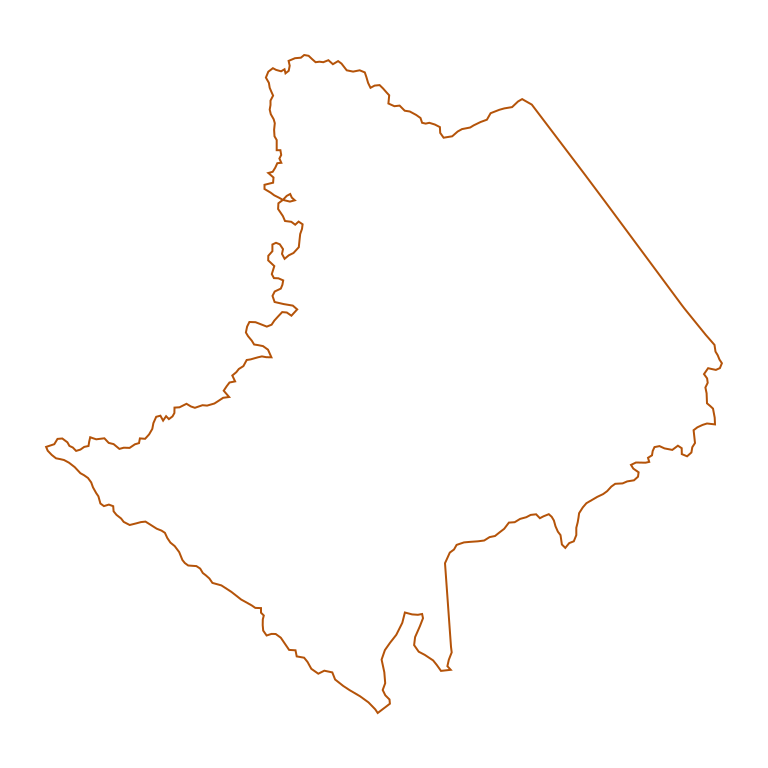 Pontalina, Goiás, Brazil (Albers equal-area conic projection)
{"feature_id": "56859067B14800214283201", "entity_name": "Pontalina", "entity_type": "district", "adm_level": 2, "iso_a3": "BRA", "parent_name": "Brazil", "parent_adm1": "Goiás", "projection": "albers", "projection_center": [-49.587, -17.537], "detail": "fine", "context": "isolated", "style": "outline", "palette": "amber", "viewbox_px": 768, "rotation_deg": 0, "n_neighbors": 0, "source": "geoboundaries", "source_scale": "gbopen_adm2", "svg_char_len": 5029}
<svg xmlns="http://www.w3.org/2000/svg" viewBox="0 0 768 768"><path d="M573.8,541.3L576.3,535.1L576.3,527.8L577.7,522.3L578.5,517.6L579.1,513.2L582.8,507.4L586.4,503.2L597.2,496.9L603.1,494.1L607.1,491.2L611.3,486.6L615.2,483.8L622.6,483.4L627.2,481.4L634.0,480.3L638.0,476.7L638.6,472.3L633.3,468.6L631.0,464.9L636.0,462.5L645.5,462.7L649.2,461.9L648.0,457.8L652.0,455.3L652.7,451.0L654.5,447.1L659.5,446.1L664.5,448.4L672.3,449.9L677.9,445.7L681.7,448.2L681.8,454.1L687.1,456.3L691.4,452.5L692.3,447.2L695.0,443.0L693.6,430.2L697.4,427.3L702.6,424.9L707.0,423.5L715.0,424.4L714.7,417.7L713.0,408.6L710.2,406.0L707.0,403.3L706.6,393.3L705.4,387.5L707.7,382.8L707.1,378.4L704.0,374.1L708.1,368.2L712.1,369.1L715.9,369.9L719.9,368.1L721.9,363.2L719.5,359.6L717.7,355.2L715.5,351.6L714.5,344.9L705.7,334.8L686.5,311.1L684.1,308.1L681.5,304.7L605.3,201.9L583.9,173.3L531.8,104.6L522.1,99.1L518.0,101.5L512.1,107.1L504.3,108.4L499.3,109.8L490.6,113.2L486.9,119.7L480.6,122.0L473.6,125.4L470.2,127.5L462.0,129.1L457.7,131.5L452.2,136.3L443.6,137.7L440.2,132.9L439.9,127.1L434.8,124.5L429.3,122.8L425.7,123.6L422.1,122.8L420.5,118.0L416.1,114.9L409.8,111.5L404.7,110.7L399.6,105.6L394.4,106.2L388.4,103.5L389.2,95.3L386.6,92.5L383.0,88.4L379.6,85.1L374.6,85.6L370.5,87.8L368.1,82.9L366.4,77.1L364.8,72.4L359.7,70.3L353.1,71.6L346.7,70.3L341.5,63.6L338.1,61.1L332.9,64.2L328.4,60.2L323.3,62.2L319.4,61.7L315.6,62.2L312.2,59.2L308.6,55.8L304.2,55.0L300.9,57.7L295.0,58.2L288.6,60.9L289.7,65.7L288.7,70.8L285.5,73.3L284.5,69.3L281.1,71.3L276.1,69.9L272.9,68.2L268.3,71.7L265.9,77.6L268.9,82.9L269.7,87.8L271.3,91.6L273.1,95.6L270.5,100.6L270.5,105.0L269.7,109.6L270.8,114.2L273.7,119.3L274.8,123.2L274.1,129.8L274.5,136.3L276.7,140.0L276.7,145.6L276.7,150.2L280.4,150.2L281.2,155.0L279.4,158.5L281.3,162.8L277.3,163.2L275.3,167.6L272.7,171.8L268.3,173.0L273.5,177.5L273.1,182.7L269.3,183.6L264.5,184.8L264.5,189.0L270.6,192.6L274.2,195.3L278.8,197.6L282.9,199.9L278.4,203.3L278.1,209.0L282.9,216.1L285.0,221.0L291.3,221.8L295.2,224.7L298.6,221.6L302.6,224.3L302.0,228.9L300.2,234.0L299.6,239.4L298.8,247.2L293.5,253.0L288.8,255.3L284.6,258.8L282.0,253.9L283.0,249.1L279.8,244.3L276.0,242.8L272.4,244.5L272.4,251.2L268.3,255.8L268.2,260.4L274.3,266.1L271.8,274.1L273.9,278.1L278.4,278.3L283.2,280.4L282.4,284.8L280.8,288.6L274.7,291.5L272.5,295.9L274.6,302.0L283.8,304.1L292.8,305.6L297.2,309.4L291.4,315.7L286.8,312.5L282.2,312.1L278.6,315.9L274.4,320.5L271.6,324.7L266.8,326.6L262.2,324.8L255.5,322.2L249.4,322.0L247.1,326.6L245.9,332.5L248.0,336.1L251.8,340.7L254.1,344.5L258.0,345.1L263.0,346.1L268.0,349.7L271.4,357.3L266.3,357.2L261.9,356.4L258.0,357.3L254.4,358.3L250.6,359.4L246.7,360.0L243.4,366.1L238.8,369.0L236.3,372.2L232.3,375.5L235.1,381.4L229.5,382.5L226.7,386.2L223.7,390.7L229.1,397.0L223.1,397.8L218.3,401.0L214.4,403.5L207.1,405.6L202.5,405.2L194.9,407.8L191.0,406.5L186.5,403.8L179.5,407.3L174.5,407.6L174.4,413.0L172.5,416.4L168.9,419.1L166.1,416.2L163.1,420.6L160.4,415.7L156.2,416.8L153.4,423.1L152.3,428.9L149.1,434.4L145.1,438.8L139.9,438.4L139.0,443.1L134.9,444.3L129.6,447.9L123.8,447.7L119.4,448.9L113.6,444.1L108.7,442.9L104.4,438.3L96.2,439.3L90.2,437.3L89.2,441.6L88.5,446.0L84.2,446.9L80.4,449.6L76.1,450.9L72.8,447.5L69.4,445.9L67.4,442.3L62.3,438.5L57.5,438.9L54.3,444.2L46.1,446.9L47.7,450.7L51.7,454.9L56.0,458.3L60.1,459.1L64.0,460.0L69.0,462.7L74.7,467.1L80.4,473.2L84.0,475.2L88.0,478.0L91.2,482.4L93.0,487.4L96.2,493.1L98.4,496.3L100.4,503.5L103.9,506.1L108.9,504.6L113.2,506.2L113.6,511.3L116.5,514.9L121.1,518.5L123.7,521.9L129.7,525.0L136.5,523.3L140.9,522.1L145.5,521.6L150.1,524.5L156.7,528.7L161.5,530.6L164.9,532.8L167.3,538.0L170.4,542.6L174.7,546.1L179.2,552.1L182.4,560.0L184.8,563.0L188.2,565.5L196.4,566.1L200.2,568.6L202.8,573.0L205.8,575.3L209.4,578.5L212.4,582.9L221.4,585.4L231.4,591.9L241.1,599.5L251.7,605.4L255.3,607.9L261.0,608.1L261.0,612.7L263.8,615.5L262.8,619.4L262.7,625.1L263.2,630.6L266.6,635.5L271.5,633.9L275.7,634.0L280.8,637.7L289.1,649.9L295.5,650.3L296.7,656.4L304.1,657.7L307.5,661.9L311.3,668.8L318.3,673.7L324.3,670.7L332.3,672.4L335.1,679.5L343.3,686.0L349.7,690.2L360.1,696.3L368.5,702.4L375.3,709.4L377.7,713.0L389.9,703.7L389.5,699.5L385.3,695.3L382.7,690.0L385.2,683.2L384.3,672.2L381.6,659.6L384.9,650.1L390.1,642.7L396.3,634.8L402.3,622.8L404.9,612.5L412.1,614.4L417.9,614.8L422.1,614.0L423.0,618.2L419.9,626.2L415.1,637.1L414.1,645.1L418.7,651.7L424.8,654.9L433.1,660.4L436.8,665.0L441.0,670.9L450.7,669.8L447.4,666.2L448.8,659.8L451.7,652.4L451.0,646.8L445.0,563.2L449.8,552.6L454.0,549.5L456.6,544.9L464.0,542.4L469.6,541.9L478.0,541.3L484.2,540.5L489.6,537.1L495.0,536.0L499.4,532.5L504.2,528.8L508.9,522.6L514.7,522.2L520.1,518.9L526.3,517.2L530.7,514.9L536.1,514.3L539.9,518.2L543.5,516.3L548.8,514.2L551.7,516.8L553.9,520.5L555.5,526.3L557.9,531.7L560.5,535.1L561.9,544.5L565.3,547.9L569.2,543.1L573.8,541.3ZM282.9,199.9L286.7,195.9L290.2,194.0L291.8,197.6L294.8,200.3L289.9,201.6L282.9,199.9Z" fill="none" stroke="#b45309" stroke-width="2"/></svg>